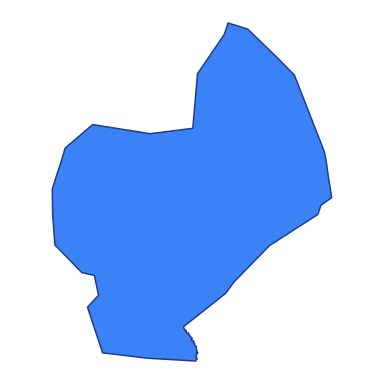 Saixan-Ovoo, Dundgovi, Mongolia (Albers equal-area conic projection)
{"feature_id": "93677404B35030866925592", "entity_name": "Saixan-Ovoo", "entity_type": "district", "adm_level": 2, "iso_a3": "MNG", "parent_name": "Mongolia", "parent_adm1": "Dundgovi", "projection": "albers", "projection_center": [104.099, 45.572], "detail": "fine", "context": "isolated", "style": "filled", "palette": "blue", "viewbox_px": 384, "rotation_deg": 0, "n_neighbors": 0, "source": "geoboundaries", "source_scale": "gbopen_adm2", "svg_char_len": 2224}
<svg xmlns="http://www.w3.org/2000/svg" viewBox="0 0 384 384"><path d="M81.8,272.6L94.4,275.4L98.5,295.3L96.9,297.0L87.5,307.2L102.6,352.8L147.2,358.2L190.2,360.7L195.8,361.0L195.7,360.6L195.7,360.3L195.7,360.0L195.9,359.8L196.1,359.7L196.5,359.6L196.8,359.4L197.0,359.2L196.9,359.0L196.9,358.8L196.8,358.6L196.8,358.4L196.7,358.2L196.8,358.0L196.7,357.8L196.5,357.7L196.4,357.6L196.3,357.4L196.3,357.2L196.4,356.8L196.4,356.6L196.5,356.3L196.5,356.1L196.4,355.9L196.3,355.7L196.2,355.3L196.3,355.1L196.4,354.8L196.5,354.5L196.7,354.2L196.9,354.1L197.1,353.8L197.3,353.6L197.5,353.4L197.8,353.0L197.8,352.8L197.7,352.6L197.3,352.5L196.9,352.5L196.5,352.5L196.3,352.5L196.2,352.4L196.2,352.1L196.4,351.7L196.7,351.5L196.8,351.4L197.0,351.2L197.0,350.8L196.9,350.5L196.8,350.2L196.6,349.8L196.5,349.5L196.4,349.2L196.4,348.7L196.4,348.1L196.4,347.4L196.3,346.8L196.3,346.5L196.2,346.3L195.9,346.2L195.7,346.2L195.4,345.9L195.2,345.7L194.9,345.3L194.7,345.1L194.5,344.9L194.5,344.7L194.5,344.3L194.5,344.0L194.6,343.7L194.3,343.4L194.1,343.2L193.7,343.0L193.6,342.7L193.7,342.2L193.8,341.9L193.9,341.6L193.9,341.4L193.7,341.2L193.2,341.1L192.9,341.0L192.8,340.8L192.8,340.5L192.7,340.3L192.6,340.2L192.4,340.1L191.9,340.4L191.6,340.4L191.4,340.3L191.3,340.1L191.3,339.9L191.3,339.6L191.4,339.4L191.6,339.1L191.9,338.8L192.1,338.4L192.0,338.1L191.4,337.5L191.0,337.1L190.3,336.8L189.7,336.3L189.6,336.0L189.7,335.7L189.8,335.4L189.8,335.2L189.6,335.1L189.4,335.0L189.2,335.0L189.0,334.8L188.7,334.6L188.6,334.2L188.7,333.6L188.7,333.2L188.3,333.0L188.0,333.1L187.7,333.1L187.4,332.9L187.1,332.8L186.8,332.7L186.4,332.4L186.3,332.1L186.3,331.7L186.3,331.2L186.2,330.7L185.9,330.5L185.7,330.6L185.4,330.6L185.2,330.6L185.1,330.4L184.9,330.2L184.9,329.8L184.8,329.4L184.5,329.3L184.3,329.1L184.1,328.9L183.9,328.4L183.7,327.6L183.6,327.0L183.5,326.6L184.5,325.9L225.6,293.4L233.8,282.2L269.3,245.8L283.4,236.6L317.9,214.4L320.9,205.3L331.7,197.6L328.5,177.7L326.3,161.4L324.3,151.6L294.4,75.1L278.5,58.9L247.7,29.1L228.1,23.0L224.2,34.6L197.5,73.8L192.8,128.3L150.0,133.7L92.7,124.6L89.6,127.2L73.8,140.7L65.2,148.0L61.9,159.1L52.3,188.7L52.6,213.7L54.9,245.0L81.8,272.6Z" fill="#3b82f6" stroke="#1e3a8a" stroke-width="1.5"/></svg>